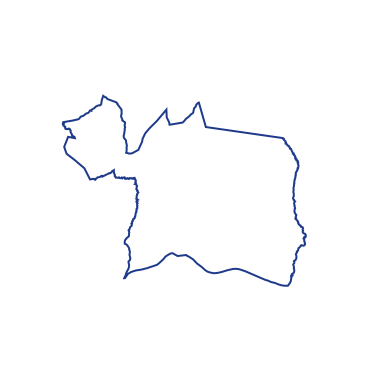 outline of Mulobezi, Western, Zambia, rotated 144°
{"feature_id": "96606910B3196683578902", "entity_name": "Mulobezi", "entity_type": "district", "adm_level": 2, "iso_a3": "ZMB", "parent_name": "Zambia", "parent_adm1": "Western", "projection": "mercator", "projection_center": [24.85, -16.28], "detail": "fine", "context": "isolated", "style": "outline", "palette": "blue", "viewbox_px": 384, "rotation_deg": 144, "n_neighbors": 0, "source": "geoboundaries", "source_scale": "gbopen_adm2", "svg_char_len": 6002}
<svg xmlns="http://www.w3.org/2000/svg" viewBox="0 0 384 384"><g transform="rotate(144 192 192)"><path d="M296.9,161.7L292.1,163.4L288.3,163.1L283.7,161.6L278.6,159.0L273.4,156.9L263.0,153.6L259.9,153.8L254.4,154.5L251.7,155.3L249.8,155.3L245.6,154.9L243.7,153.9L241.3,148.7L233.7,144.4L233.4,142.9L232.7,142.0L230.7,136.8L230.0,131.3L228.1,125.2L227.4,121.6L226.3,118.5L224.8,116.4L222.3,113.6L219.0,111.6L215.2,109.9L209.3,107.9L204.0,105.6L201.7,104.1L199.2,101.8L195.5,96.6L184.4,77.9L182.6,75.6L180.9,72.6L178.5,69.9L176.2,66.2L174.3,63.8L172.4,61.9L169.5,59.8L166.1,60.9L164.4,61.9L161.5,64.8L160.4,65.2L161.3,65.6L161.0,66.0L159.1,66.9L157.7,66.7L156.2,67.4L154.9,69.1L154.6,70.4L153.7,71.1L152.7,73.9L150.9,74.5L150.1,75.7L150.2,76.1L149.8,76.3L148.5,76.0L146.7,76.9L145.3,78.6L144.4,80.8L142.6,81.4L142.1,82.3L141.1,82.2L140.3,82.5L139.1,83.9L137.1,84.0L135.5,84.7L134.8,84.6L134.8,84.2L134.1,83.9L133.6,83.2L132.8,82.9L132.4,82.8L131.4,83.2L131.1,83.9L130.7,84.1L130.7,84.7L130.3,85.1L130.2,86.0L129.9,86.2L129.5,87.3L129.1,87.6L128.9,88.1L129.1,88.8L127.7,89.5L127.0,89.2L127.0,88.8L126.5,88.8L125.9,89.7L125.3,90.1L125.2,90.8L125.4,90.9L125.1,91.8L125.9,92.8L126.2,94.1L125.4,95.3L124.8,95.4L124.7,96.3L124.2,97.0L123.5,97.4L123.2,98.4L124.3,99.9L123.9,100.4L124.2,101.0L124.0,101.4L124.5,102.3L124.6,103.8L124.3,104.0L124.3,104.8L123.8,105.0L123.6,105.4L123.8,106.3L123.5,106.9L124.1,109.6L123.9,109.9L123.4,109.9L123.1,110.3L122.9,110.2L122.6,111.0L121.6,111.7L121.5,112.0L121.1,112.1L121.2,114.0L120.7,115.9L118.7,118.1L118.3,118.1L117.5,119.7L117.4,120.4L116.8,121.0L116.6,121.9L115.5,123.4L114.2,123.8L114.5,124.4L114.1,125.2L114.1,125.7L114.4,126.0L114.0,127.4L113.4,128.1L112.3,128.7L111.6,129.4L110.4,131.3L110.2,132.1L109.5,133.1L108.7,133.6L107.7,135.5L105.7,137.2L104.6,138.6L104.0,138.9L103.8,139.6L102.2,141.0L101.8,141.7L100.7,142.2L99.3,143.7L98.7,144.0L98.7,144.4L98.0,144.8L97.1,146.2L96.7,146.3L96.2,146.9L94.7,147.3L93.4,148.4L93.2,148.3L93.0,148.6L92.8,148.5L92.1,148.9L92.0,149.5L91.5,149.5L90.2,150.9L90.2,151.7L89.1,152.9L89.4,153.6L89.0,154.2L88.7,154.2L88.6,154.9L88.4,154.9L88.5,155.3L88.2,155.5L88.3,156.1L88.9,156.4L88.7,157.5L89.0,157.5L88.8,157.6L88.8,158.1L88.5,158.1L88.7,158.4L88.5,159.0L87.8,159.3L87.9,159.8L87.5,160.5L87.8,161.6L87.5,161.8L87.6,162.1L87.1,163.4L87.7,163.7L87.5,163.9L87.6,164.5L87.3,165.0L87.1,167.0L86.5,168.5L87.3,169.6L86.6,170.5L86.9,171.6L86.6,172.3L86.7,172.7L87.4,173.4L87.3,174.4L87.4,175.2L87.2,175.6L87.8,176.2L87.6,176.4L87.3,176.2L86.8,176.9L86.9,177.7L86.6,178.0L86.9,180.3L86.6,180.8L86.9,180.9L86.8,182.1L87.2,182.2L87.3,182.7L142.6,236.4L133.9,260.3L134.5,260.5L137.0,260.2L139.1,258.8L141.0,258.6L144.3,255.6L145.0,255.3L147.4,255.4L149.6,254.9L154.2,254.7L156.4,254.0L158.8,253.7L170.6,259.6L169.5,261.9L168.6,267.2L164.3,273.7L178.7,270.1L189.1,268.5L195.5,266.9L200.8,264.0L202.7,262.1L210.6,257.6L217.6,258.5L219.2,259.3L220.1,259.9L222.2,262.5L221.2,263.2L219.4,265.4L218.7,266.6L217.4,267.8L216.1,270.9L215.1,272.5L215.2,275.8L214.4,277.5L212.1,279.5L210.8,281.0L210.2,281.3L209.0,283.1L208.2,283.5L207.4,285.5L205.9,286.8L205.3,287.7L206.3,290.9L205.7,291.5L205.1,294.5L204.4,295.5L202.9,296.7L200.6,300.1L200.7,307.2L200.4,307.3L200.5,309.0L205.8,317.0L205.9,319.1L206.6,319.6L207.3,322.0L210.9,319.4L213.8,316.5L215.1,316.1L216.9,317.1L219.4,317.6L221.5,317.3L225.2,317.5L225.7,317.4L225.8,317.1L226.4,317.9L226.8,317.9L228.1,317.2L229.5,317.0L231.7,317.7L235.1,317.5L237.5,318.3L239.2,318.0L239.9,317.6L241.3,317.7L246.9,320.1L255.1,324.2L255.5,323.8L255.3,323.3L255.8,323.4L255.9,322.8L256.2,322.9L256.2,322.6L256.4,322.7L256.7,322.4L256.7,321.8L257.0,321.5L256.7,320.6L256.7,320.1L256.3,319.8L256.2,319.4L256.5,318.7L257.0,318.5L257.2,317.3L255.5,315.8L254.9,315.9L254.4,315.7L254.0,315.2L254.1,314.5L253.8,314.1L254.2,312.8L254.4,312.8L255.1,311.5L255.2,309.4L255.8,308.3L255.6,308.0L256.1,307.3L256.0,306.5L255.6,306.4L255.5,306.7L255.2,306.7L255.0,306.2L254.7,305.7L255.1,304.4L259.8,309.4L268.9,303.6L271.0,296.6L268.2,287.2L265.1,274.4L267.1,262.1L264.3,260.8L263.8,260.3L263.2,258.8L262.7,258.8L262.3,259.4L261.1,259.1L259.9,259.4L258.3,258.5L257.0,258.2L255.9,258.3L255.1,258.0L254.6,258.3L255.3,257.1L247.6,255.8L247.5,255.4L247.1,255.3L245.5,255.3L244.4,255.8L242.4,255.6L243.1,254.8L243.5,253.7L244.0,253.4L244.2,251.5L244.6,251.2L244.6,250.7L245.2,250.1L245.1,248.2L244.4,248.1L243.6,247.0L242.5,246.8L242.4,245.8L240.9,244.7L240.5,244.9L240.3,244.0L239.3,244.2L238.6,243.7L237.9,243.5L237.9,242.8L238.2,242.9L238.5,242.3L238.4,242.0L237.8,241.5L237.2,241.4L237.3,241.2L237.0,241.0L235.8,240.9L235.4,239.6L234.2,239.9L233.5,239.0L232.7,238.7L232.6,237.9L231.9,237.5L231.0,237.7L230.1,237.2L230.2,236.6L231.0,236.1L230.5,234.9L231.1,233.7L231.7,233.5L231.8,233.1L232.2,233.0L232.2,232.6L232.7,232.4L232.7,231.9L233.2,231.8L232.5,231.2L233.0,230.0L232.9,229.1L233.9,228.6L234.4,227.7L235.4,227.0L235.2,226.0L235.7,225.2L235.3,224.8L236.0,223.7L235.8,223.2L237.7,222.5L238.0,221.8L238.5,221.8L239.5,220.9L240.6,219.1L241.0,219.1L240.6,218.0L240.8,218.1L241.1,217.5L241.2,217.8L241.5,217.2L242.4,217.1L242.4,216.4L242.9,215.7L242.8,215.3L243.1,215.4L243.2,214.8L244.2,213.6L244.1,213.1L245.2,212.2L245.5,211.2L246.7,211.0L247.2,210.0L247.7,210.0L248.7,208.9L248.7,208.5L249.6,208.3L252.4,205.5L252.7,205.6L253.7,204.6L254.7,204.4L255.0,204.7L255.9,204.4L256.0,204.0L257.0,203.6L257.1,203.3L257.6,203.4L258.5,202.7L258.8,201.9L259.7,201.9L259.9,200.8L260.8,200.1L262.6,200.0L264.3,198.7L264.9,198.7L265.5,198.4L265.5,198.0L266.0,197.9L266.0,197.4L266.5,196.2L268.0,194.8L268.7,193.6L269.5,193.2L271.8,193.2L272.6,192.8L272.8,192.9L274.4,192.4L275.9,191.1L276.8,189.6L276.0,188.3L275.7,187.2L275.8,184.4L276.1,183.0L276.8,182.1L277.0,181.0L277.7,179.7L279.4,178.1L280.9,174.5L282.3,173.4L282.8,173.4L284.3,173.0L285.0,171.8L285.8,169.8L287.6,167.9L289.7,166.6L290.3,166.5L292.6,165.2L294.3,164.0L294.7,163.4L295.6,163.2L297.5,162.1L296.9,161.7Z" fill="none" stroke="#1e3a8a" stroke-width="2"/></g></svg>